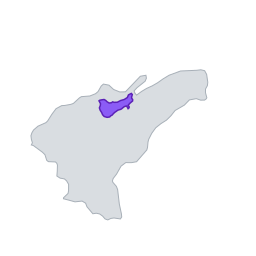 where Duarte sits in Dominican Republic, rotated 318°
{"feature_id": "DOM-1979", "entity_name": "Duarte", "entity_type": "Province", "adm_level": 1, "iso_a3": "DOM", "parent_name": "Dominican Republic", "parent_adm1": "", "projection": "albers", "projection_center": [-70.055, 19.269], "detail": "fine", "context": "in_parent", "style": "filled", "palette": "violet", "viewbox_px": 256, "rotation_deg": 318, "n_neighbors": 0, "source": "natural_earth", "source_scale": "10m", "svg_char_len": 2143}
<svg xmlns="http://www.w3.org/2000/svg" viewBox="0 0 256 256"><g transform="rotate(318 128 128)"><path d="M44.5,168.2L44.8,159.1L46.2,155.5L45.0,151.6L39.2,147.4L35.8,142.1L32.7,137.4L33.4,136.7L39.7,136.5L41.9,134.8L46.2,130.1L47.0,126.2L46.7,123.3L44.0,119.8L43.0,116.1L46.4,112.9L50.8,108.3L51.5,106.5L51.4,104.7L46.3,99.7L46.0,97.6L48.4,92.3L48.2,88.7L45.9,77.6L44.8,75.9L47.1,75.0L48.6,71.8L50.7,68.8L53.3,67.3L56.4,66.3L62.3,66.4L70.6,69.1L73.0,69.0L80.9,66.8L87.5,65.5L93.7,67.0L96.2,69.0L101.4,72.2L103.9,73.2L112.0,73.1L114.3,73.5L121.1,78.7L126.8,80.8L130.1,80.9L136.1,78.9L139.1,78.9L142.5,83.4L143.1,89.8L146.0,95.7L150.3,99.4L171.8,97.8L176.6,100.8L175.0,103.3L172.0,104.7L161.7,104.1L157.3,104.5L156.4,107.0L156.4,109.3L162.4,109.9L168.2,111.0L174.2,112.9L180.3,114.2L187.1,115.0L193.9,116.3L205.2,120.8L217.7,131.1L221.1,133.5L223.3,136.7L222.3,140.8L217.9,147.4L215.4,149.6L211.7,150.9L209.2,153.6L206.8,158.3L205.4,158.7L203.6,158.5L200.6,155.9L198.4,151.9L192.4,148.2L185.2,148.7L174.7,146.5L168.3,147.6L161.9,147.9L155.4,146.8L148.8,146.4L142.2,147.8L135.9,150.2L133.5,151.8L129.5,155.5L127.3,156.9L111.8,158.8L107.3,156.0L103.2,152.2L97.3,151.7L88.6,154.6L83.2,155.6L81.0,156.9L80.4,158.3L80.3,163.6L79.1,166.8L70.6,178.8L65.7,187.3L63.8,189.9L61.5,190.5L57.4,185.5L54.7,183.7L51.5,182.8L50.1,180.2L50.2,176.5L49.4,172.9L47.4,170.1L44.5,168.2Z" fill="#d9dde1" stroke="#a8b0b8" stroke-width="1"/><path d="M125.1,88.4L125.7,88.5L127.5,89.6L129.3,90.8L129.9,92.6L130.0,94.5L130.7,96.8L132.5,98.1L134.1,98.3L134.8,99.6L137.3,101.7L140.8,102.6L144.3,104.3L147.9,104.9L150.5,103.7L153.6,104.5L153.6,106.0L152.2,106.9L151.4,107.4L150.7,108.3L150.5,110.0L149.5,111.0L146.1,110.9L143.3,111.2L143.2,111.8L143.2,112.7L142.4,113.7L141.0,113.7L141.4,112.2L141.6,110.7L140.5,110.0L139.2,109.6L137.6,109.5L136.0,109.5L134.7,109.1L133.6,108.5L132.2,107.9L130.7,107.8L128.5,107.5L126.2,107.6L125.1,107.8L124.0,107.6L123.0,107.3L122.0,107.6L122.2,107.8L119.6,106.1L118.0,103.5L118.0,101.1L118.8,98.8L119.2,96.2L120.2,93.9L122.4,92.8L123.8,91.6L124.3,89.8L124.6,88.4L125.1,88.4Z" fill="#8b5cf6" stroke="#5b21b6" stroke-width="1.5"/></g></svg>